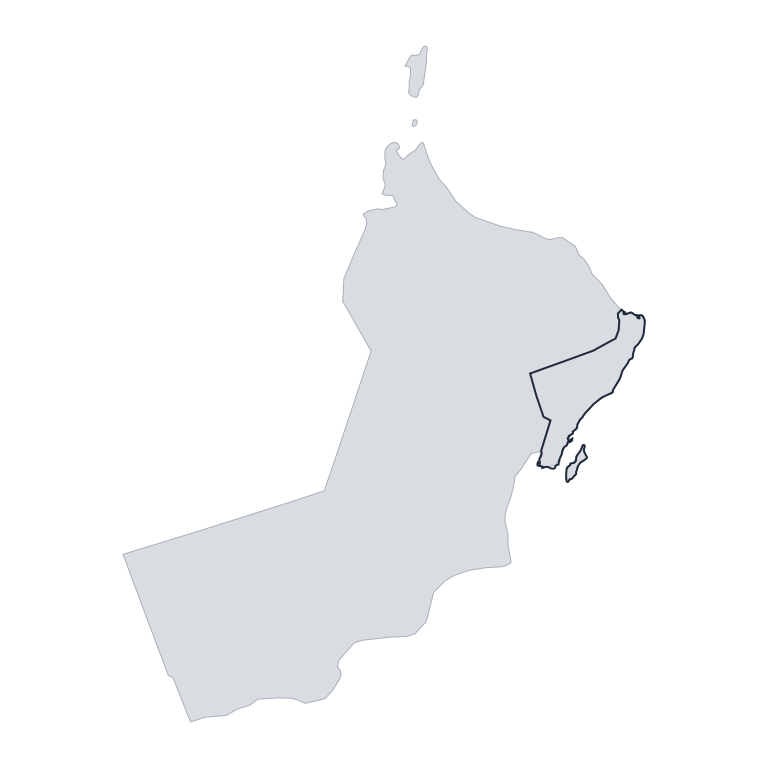 Oman, with Ash Sharqiyah South highlighted
{"feature_id": "OMN-2406", "entity_name": "Ash Sharqiyah South", "entity_type": "Region", "adm_level": 1, "iso_a3": "OMN", "parent_name": "Oman", "parent_adm1": "", "projection": "albers", "projection_center": [58.929, 21.395], "detail": "fine", "context": "in_parent", "style": "outline", "palette": "slate", "viewbox_px": 768, "rotation_deg": 0, "n_neighbors": 0, "source": "natural_earth", "source_scale": "10m", "svg_char_len": 5748}
<svg xmlns="http://www.w3.org/2000/svg" viewBox="0 0 768 768"><path d="M190.6,721.9L186.8,712.5L183.1,703.1L179.4,693.8L175.6,684.4L173.0,677.8L168.3,675.3L165.7,668.4L163.0,661.2L160.3,654.1L157.6,647.0L154.9,639.9L152.3,632.7L149.6,625.6L146.9,618.5L144.2,611.3L141.6,604.2L138.9,597.1L136.3,590.0L133.6,582.8L131.0,575.7L128.3,568.5L125.7,561.4L123.1,554.3L132.6,551.4L144.2,547.8L155.8,544.3L167.4,540.7L178.9,537.1L190.5,533.6L202.1,530.0L213.6,526.3L225.2,522.7L236.7,519.1L248.2,515.4L259.7,511.8L271.3,508.1L282.8,504.4L294.3,500.7L305.7,497.0L317.2,493.2L324.3,490.9L327.4,481.6L330.1,473.9L332.7,466.2L335.3,458.5L337.9,450.7L340.5,443.0L343.0,435.3L345.6,427.6L348.2,419.8L350.8,412.1L353.4,404.4L355.9,396.7L358.5,388.9L361.1,381.2L363.6,373.5L366.2,365.7L368.8,358.0L371.1,350.9L367.1,344.0L361.8,334.6L356.2,324.9L351.0,315.7L347.2,309.0L342.6,300.9L343.4,290.7L343.4,285.5L344.1,277.7L348.9,266.9L354.6,253.1L358.7,244.0L362.2,236.0L365.1,229.7L366.7,223.1L366.0,218.4L364.3,216.6L362.9,214.4L368.0,211.0L377.6,208.9L382.9,209.5L390.4,207.9L396.2,206.5L396.7,204.4L395.1,200.9L392.8,195.8L384.6,195.1L382.1,193.6L385.1,186.2L385.1,183.8L384.0,181.0L382.9,176.2L383.6,170.1L385.4,166.0L385.5,162.7L384.8,155.8L385.2,149.8L387.0,146.8L390.1,144.0L393.0,142.6L396.0,142.8L398.4,144.0L399.4,147.2L398.7,149.4L397.0,149.7L396.3,150.6L398.7,154.9L402.2,159.2L404.9,158.5L408.0,155.3L411.3,152.7L415.4,150.4L418.4,145.9L420.9,143.0L423.2,142.6L429.4,161.2L438.8,178.6L447.2,188.3L455.9,201.3L469.3,213.4L475.5,217.5L500.6,226.2L514.3,229.4L533.3,232.5L546.5,239.1L550.9,239.5L557.8,237.6L562.8,237.7L575.4,246.6L579.1,255.0L584.3,259.5L589.0,266.5L592.0,273.8L602.6,284.9L610.2,297.5L617.9,306.8L624.8,312.5L635.2,314.8L643.5,317.3L644.5,323.6L643.7,331.7L642.1,337.7L634.4,349.4L632.6,356.6L623.9,368.5L614.4,388.5L610.0,393.0L594.6,403.3L583.3,415.7L569.8,437.2L559.4,458.5L555.5,465.3L547.2,466.7L541.7,466.0L538.0,464.0L539.5,458.2L540.4,451.7L535.4,452.4L531.1,453.7L520.7,469.6L515.0,476.5L513.8,485.4L510.9,496.9L506.8,507.4L505.0,516.2L505.0,521.3L507.9,533.6L508.1,546.1L509.7,553.7L511.1,562.8L506.2,565.5L502.0,566.8L485.5,567.7L468.8,570.4L454.1,575.5L445.3,580.6L433.7,592.1L426.3,621.6L414.9,633.9L407.3,636.4L389.0,637.2L363.2,640.1L354.1,642.9L338.7,660.6L337.4,666.3L340.2,670.5L341.1,675.0L339.6,679.2L332.5,690.5L324.9,698.7L305.1,703.4L297.9,700.1L291.4,698.3L278.6,697.8L257.7,699.2L249.9,705.1L237.7,709.0L226.3,715.4L205.1,717.2L190.6,721.9ZM418.2,95.4L416.9,97.0L415.1,97.2L410.9,95.7L408.5,92.5L409.1,88.6L409.3,81.4L410.6,74.7L410.4,67.5L407.2,66.0L404.9,66.3L410.4,56.3L412.5,54.8L414.5,55.5L419.4,54.5L422.1,49.0L424.1,46.1L426.3,46.5L427.3,48.2L426.5,56.5L426.3,63.5L423.2,84.7L420.3,88.4L418.9,91.3L418.2,95.4ZM571.8,478.5L567.6,479.6L566.4,479.1L566.5,470.2L576.1,459.0L582.5,446.1L586.9,457.6L579.3,464.1L575.1,475.2L571.8,478.5ZM416.7,124.5L414.0,126.4L412.1,126.0L412.6,122.3L413.7,119.7L416.5,120.0L417.1,121.5L416.7,124.5Z" fill="#d9dde1" stroke="#a8b0b8" stroke-width="1"/><path d="M621.5,309.7L623.0,311.0L624.4,311.9L624.8,312.2L624.9,313.0L624.5,313.1L623.9,313.0L623.5,312.8L623.5,313.7L624.0,314.2L624.8,314.3L625.8,314.2L630.7,312.4L632.5,313.1L635.1,315.1L635.5,315.1L636.5,315.0L636.9,315.1L637.1,315.4L637.2,316.2L637.4,316.5L637.3,317.1L637.3,317.5L637.8,318.0L638.1,318.2L638.5,318.3L639.0,318.4L639.4,318.4L639.6,318.1L639.2,317.3L638.2,316.3L638.5,315.3L639.2,315.3L640.5,315.1L642.2,315.5L643.6,317.4L644.6,319.7L644.9,321.8L643.7,333.3L642.9,336.4L641.6,339.2L637.9,344.5L636.0,346.2L634.9,347.4L634.4,348.6L634.2,350.2L633.1,353.6L632.8,357.0L632.2,358.4L629.6,359.5L628.8,360.7L627.7,363.3L622.6,370.4L620.6,376.7L619.4,379.6L613.3,389.4L612.8,391.7L612.6,392.3L612.1,392.8L602.9,396.9L601.0,398.1L593.6,404.1L584.8,413.5L582.1,417.7L581.4,418.4L580.5,419.0L579.5,420.5L577.5,424.3L577.3,424.9L577.1,427.4L576.9,428.1L576.5,428.7L572.7,431.8L573.0,433.3L571.8,434.3L569.1,435.7L569.2,435.8L568.7,437.1L568.1,437.6L567.8,437.9L567.7,438.3L567.8,439.0L568.3,439.6L568.8,440.2L569.5,440.5L570.5,440.1L571.6,439.0L572.3,438.6L572.2,440.0L571.6,440.9L570.4,441.8L569.2,442.2L568.6,441.4L568.2,441.4L567.8,442.4L567.3,444.3L566.8,445.3L566.3,445.8L564.8,446.6L564.1,447.3L563.2,448.6L562.5,450.4L562.0,452.4L561.8,454.2L560.2,457.6L559.2,460.1L559.3,461.2L558.9,461.7L558.6,464.1L558.4,464.6L557.8,464.7L557.0,465.0L556.1,465.5L555.5,466.0L555.0,467.9L553.6,468.7L551.7,468.6L550.0,468.0L548.8,467.3L547.9,467.0L545.7,466.9L544.9,467.1L543.3,467.7L542.4,467.9L542.6,467.3L543.0,467.0L542.6,466.8L540.3,466.1L539.0,466.0L537.6,465.4L537.4,464.0L538.3,461.1L538.3,462.0L538.5,462.8L539.0,463.5L539.7,464.0L539.9,462.6L539.3,459.5L539.9,458.0L540.8,456.6L541.5,454.6L541.7,452.5L541.1,451.0L550.5,420.4L543.5,416.8L536.3,395.6L530.1,373.5L547.0,367.4L563.5,361.5L578.9,355.9L593.4,350.6L607.5,342.8L615.5,338.5L618.7,330.1L619.3,320.6L618.0,317.0L617.9,313.5L621.5,309.7ZM583.9,449.9L584.1,451.4L584.5,452.6L586.5,456.3L587.1,457.4L586.8,458.1L586.2,458.7L583.7,460.6L581.0,462.1L579.8,463.2L578.3,465.6L577.5,467.2L576.7,470.6L576.1,471.8L576.1,472.6L576.2,473.3L576.2,473.8L575.9,474.3L573.7,476.5L572.5,478.1L571.9,478.8L571.3,479.0L570.5,479.1L569.7,479.3L569.4,479.8L569.2,480.5L568.6,481.3L567.9,481.9L567.2,481.9L566.8,481.3L566.5,480.8L566.2,478.6L566.1,476.4L566.3,475.2L566.1,474.4L566.6,468.9L566.9,468.0L567.6,467.0L568.0,466.6L569.2,465.8L569.7,465.6L569.8,465.4L570.2,464.0L570.4,463.6L571.5,463.2L572.6,463.2L573.7,463.0L574.9,462.2L575.4,461.4L575.7,461.1L575.9,460.2L576.0,460.1L576.2,457.4L576.6,456.1L577.3,455.0L580.4,450.8L581.6,448.3L582.4,445.9L583.0,445.1L583.9,444.9L584.7,446.0L584.6,447.2L584.2,448.5L583.9,449.9Z" fill="none" stroke="#1e293b" stroke-width="2"/></svg>